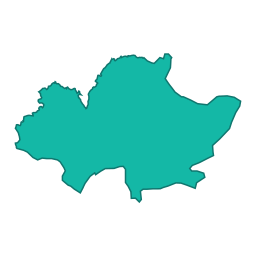 Jo River, River Cess, Liberia (Albers equal-area conic projection)
{"feature_id": "62588387B78382325144882", "entity_name": "Jo River", "entity_type": "district", "adm_level": 2, "iso_a3": "LBR", "parent_name": "Liberia", "parent_adm1": "River Cess", "projection": "albers", "projection_center": [-9.507, 6.035], "detail": "fine", "context": "isolated", "style": "filled", "palette": "teal", "viewbox_px": 256, "rotation_deg": 0, "n_neighbors": 0, "source": "geoboundaries", "source_scale": "gbopen_adm2", "svg_char_len": 3955}
<svg xmlns="http://www.w3.org/2000/svg" viewBox="0 0 256 256"><path d="M240.6,101.2L237.3,99.2L234.3,97.3L227.2,95.9L220.5,96.2L219.2,96.2L216.8,96.8L211.3,101.5L207.4,104.8L204.6,104.5L197.6,103.7L195.9,102.8L193.0,101.3L190.7,100.1L183.8,97.0L183.3,96.8L181.4,96.8L175.0,92.1L171.8,87.8L169.5,84.9L167.4,81.9L165.2,78.6L170.4,67.8L170.6,65.0L170.9,59.0L171.7,57.6L168.4,54.0L164.9,54.0L163.5,58.7L159.9,57.6L157.2,60.4L154.2,63.4L151.7,62.9L147.3,60.9L143.9,57.7L143.3,58.2L142.7,58.0L142.0,57.3L140.7,57.6L139.9,57.3L137.8,57.8L136.4,57.2L135.0,55.5L134.5,55.4L133.4,55.2L131.5,55.5L129.9,56.0L128.6,55.7L128.3,55.8L128.0,55.8L127.9,56.4L127.8,56.8L127.7,56.8L126.9,56.7L126.7,56.7L126.0,56.2L124.5,56.3L124.2,56.4L123.2,56.7L121.7,57.5L121.5,56.9L121.1,56.6L121.0,56.4L120.7,56.7L120.3,57.2L119.8,58.1L117.5,58.7L116.7,59.6L115.4,60.7L114.6,60.5L114.5,59.2L113.8,58.7L113.3,58.9L112.7,59.3L111.9,59.1L111.8,58.9L110.4,61.8L110.0,62.3L110.0,62.9L109.3,63.3L108.8,63.5L106.9,65.1L106.8,65.4L106.0,66.6L105.4,67.3L104.9,67.9L104.3,68.2L103.6,68.8L102.6,70.5L101.1,73.2L100.6,74.1L101.5,75.2L101.4,75.9L100.4,76.2L99.1,75.4L98.2,75.3L97.9,75.4L97.3,78.0L96.9,79.4L96.6,79.7L95.6,80.4L95.4,81.3L96.2,81.9L96.3,82.0L96.9,82.4L97.6,82.9L97.6,83.5L96.8,84.0L96.4,84.8L96.4,85.6L95.9,86.2L94.5,87.2L93.8,87.1L93.5,87.0L92.7,87.7L92.7,88.3L92.3,89.1L91.1,89.9L89.8,91.4L89.0,92.9L88.8,93.4L88.4,94.0L88.4,94.8L88.9,96.2L88.9,99.1L88.0,101.5L88.1,102.5L88.2,104.4L87.3,106.2L86.8,108.0L86.3,108.5L85.9,108.6L85.8,107.9L84.4,106.8L83.9,105.5L82.3,103.7L82.2,103.4L80.7,101.1L80.7,100.0L79.8,98.7L79.2,97.9L78.6,97.8L78.5,97.1L78.1,95.3L79.6,94.3L81.0,94.7L79.8,93.4L79.5,91.5L78.8,91.1L78.3,92.4L77.4,93.0L77.1,93.2L76.3,91.4L75.4,90.1L75.1,88.6L74.3,88.4L73.8,88.6L73.2,88.9L73.1,89.1L72.3,89.5L71.7,89.6L70.8,89.7L68.9,88.7L67.6,87.1L66.8,87.5L66.5,88.6L65.8,87.9L64.7,88.5L61.8,86.4L60.7,86.4L59.9,85.0L58.4,83.7L56.7,83.7L55.9,83.2L55.8,82.2L55.5,82.0L55.1,81.7L54.5,83.1L54.0,82.8L53.4,82.8L51.9,83.9L51.0,85.4L50.8,85.7L50.0,86.1L49.4,86.1L48.5,86.3L48.4,87.3L47.5,88.9L46.7,89.5L45.3,88.2L44.6,88.1L43.6,88.4L43.1,88.4L42.8,88.4L41.1,90.1L39.1,91.7L38.8,91.8L39.4,92.5L39.9,93.0L40.5,93.6L40.5,94.1L40.7,95.7L41.7,97.6L41.2,98.7L39.0,99.4L38.5,99.8L38.2,100.1L38.3,101.6L39.6,103.1L40.9,102.9L41.9,102.9L43.7,104.3L43.8,105.2L43.3,106.6L43.2,106.9L42.6,107.7L41.5,106.6L40.8,106.5L39.5,107.1L39.3,107.4L38.8,108.3L39.3,109.7L38.6,110.4L37.4,110.9L36.6,112.2L35.0,112.6L33.4,112.6L33.2,112.7L32.4,113.2L32.7,114.3L33.1,114.9L33.2,115.1L33.1,115.9L31.9,115.7L29.0,115.3L27.3,115.6L26.0,116.1L24.6,116.5L24.0,116.8L23.8,117.9L23.5,120.5L23.1,120.6L23.5,121.3L22.6,122.1L21.6,121.9L21.2,122.2L21.1,122.3L20.8,124.3L20.4,125.5L19.5,125.4L17.8,124.7L16.5,124.8L16.3,125.5L16.0,126.9L15.4,128.3L15.8,128.9L16.2,129.4L18.3,132.7L19.1,135.6L19.4,136.5L19.9,139.8L18.9,141.1L18.0,142.2L17.3,142.8L16.1,143.0L15.4,143.1L15.5,144.2L16.0,145.5L16.4,146.5L16.4,147.7L17.0,148.5L17.5,148.6L23.7,150.3L27.4,152.1L33.0,157.5L37.7,159.9L39.9,159.0L42.2,158.1L46.8,158.6L51.7,158.6L57.5,159.9L60.2,161.9L60.4,162.2L64.0,167.8L65.3,170.9L62.4,176.1L62.4,180.3L67.7,184.8L68.2,185.2L70.7,186.1L74.3,189.1L77.5,191.1L80.3,192.9L83.0,187.7L83.5,186.5L85.0,183.4L90.1,176.3L94.7,172.9L95.6,174.7L100.8,171.1L101.0,171.0L105.2,168.6L114.1,168.4L119.5,166.6L120.3,166.5L123.3,166.4L125.5,169.3L125.5,176.9L125.5,182.5L128.2,186.3L130.9,191.7L131.3,198.3L135.5,198.2L139.3,202.0L141.3,199.5L140.5,192.1L140.4,191.2L143.1,189.2L146.7,189.2L152.7,188.8L156.1,188.8L157.1,188.8L160.3,188.7L163.4,187.4L167.8,186.1L175.9,182.9L181.0,183.1L186.8,185.1L195.2,188.3L196.6,182.7L204.8,177.3L203.7,173.2L197.0,171.0L191.7,171.0L189.7,168.5L192.3,165.4L195.3,164.2L198.6,162.9L200.5,162.0L207.9,158.2L213.5,155.5L213.0,152.1L212.6,146.4L212.6,145.4L219.7,138.9L229.5,128.6L231.7,121.8L232.1,121.0L235.7,112.6L239.7,106.1L240.6,101.2Z" fill="#14b8a6" stroke="#0f766e" stroke-width="1.5"/></svg>